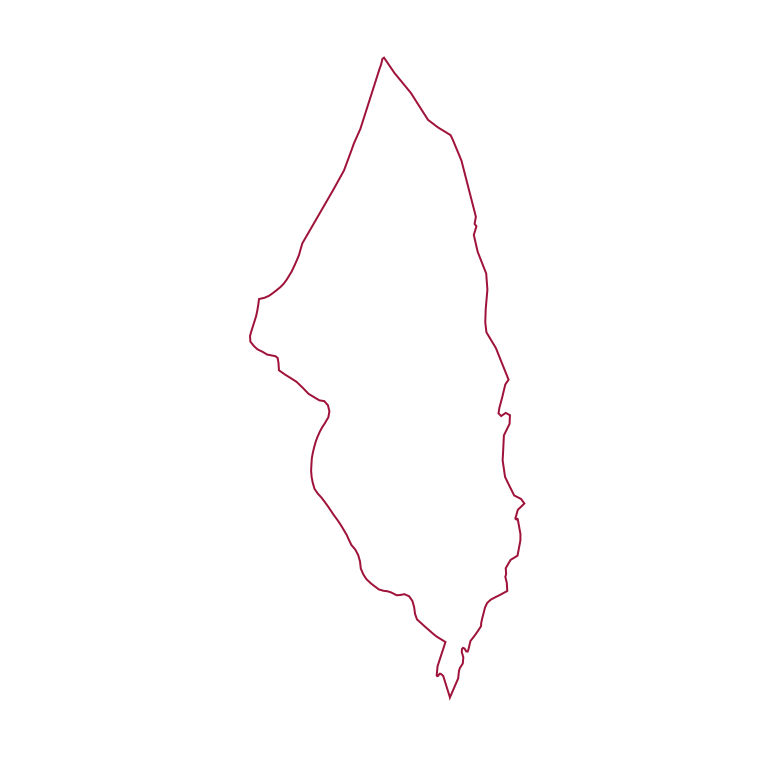 Washhah, Hajjah, Yemen (Equal Earth projection), rotated 349°
{"feature_id": "15242507B45949371630165", "entity_name": "Washhah", "entity_type": "district", "adm_level": 2, "iso_a3": "YEM", "parent_name": "Yemen", "parent_adm1": "Hajjah", "projection": "equal_earth", "projection_center": [43.377, 16.335], "detail": "fine", "context": "isolated", "style": "outline", "palette": "rose", "viewbox_px": 768, "rotation_deg": 349, "n_neighbors": 0, "source": "geoboundaries", "source_scale": "gbopen_adm2", "svg_char_len": 2740}
<svg xmlns="http://www.w3.org/2000/svg" viewBox="0 0 768 768"><g transform="rotate(349 384 384)"><path d="M277.5,276.8L275.8,281.9L273.7,287.6L271.6,292.6L269.1,297.3L266.5,302.0L264.0,306.6L261.7,311.2L260.9,316.9L261.5,318.0L263.4,321.7L266.4,325.8L270.9,329.2L274.9,332.8L282.8,336.0L284.6,338.3L284.4,343.5L283.5,350.5L288.5,355.7L298.5,365.1L303.3,371.9L308.1,379.3L317.4,387.7L322.1,389.4L324.9,394.2L325.2,400.4L323.0,406.1L319.5,410.0L319.1,410.6L315.3,414.4L312.1,418.3L309.2,422.4L308.8,422.9L305.8,427.9L303.4,432.7L301.1,437.7L299.0,443.1L297.2,449.9L295.9,455.2L295.2,461.6L295.2,467.4L295.8,473.7L298.0,478.8L300.9,483.5L303.3,488.4L305.6,493.3L307.7,498.3L309.8,503.3L312.3,508.5L314.5,513.7L316.8,520.0L318.6,525.1L319.9,530.6L321.3,535.9L324.2,541.0L326.0,546.9L326.6,553.6L326.0,560.7L327.4,567.0L329.0,571.0L329.6,572.4L333.0,577.1L336.5,581.1L339.8,584.7L344.3,587.0L347.8,588.1L351.0,589.8L354.4,592.4L356.1,593.8L359.5,594.2L363.1,594.2L363.9,594.2L368.1,597.1L370.5,602.4L371.0,608.9L370.6,615.7L371.5,621.4L374.5,625.4L377.7,629.7L381.0,633.9L384.1,638.0L387.4,641.9L391.4,645.6L395.1,649.0L382.7,671.3L380.1,680.1L380.5,680.9L381.5,680.8L382.7,679.5L383.7,679.0L384.8,679.8L386.4,681.8L386.9,686.2L388.9,704.0L388.9,704.3L400.6,687.2L402.8,680.1L404.2,677.4L408.0,673.4L409.7,667.5L409.2,661.9L410.0,659.0L411.2,658.1L412.6,659.1L413.7,662.2L415.0,662.6L416.3,660.6L419.8,652.8L425.4,647.9L429.1,644.3L432.9,640.4L433.7,637.8L433.8,637.2L435.7,632.8L438.0,628.0L440.5,622.7L443.5,618.6L447.6,616.1L452.3,614.6L456.5,613.5L465.5,610.7L466.6,602.6L466.3,596.4L467.6,594.0L468.3,588.5L468.3,588.1L474.7,580.8L482.3,578.0L488.1,563.4L488.2,562.8L489.3,557.3L489.5,542.4L489.3,541.8L488.8,541.7L488.1,542.2L487.4,541.6L487.5,540.4L488.3,539.1L491.1,533.5L491.4,533.0L499.0,528.1L496.6,523.0L490.5,518.2L486.6,504.0L485.1,498.2L485.9,481.5L487.5,475.2L491.9,457.3L499.7,447.0L500.5,443.4L501.7,438.7L498.0,435.6L492.9,437.8L490.8,434.6L492.8,429.2L497.6,419.4L500.0,414.1L503.0,407.6L505.5,405.1L507.1,403.6L506.1,398.2L503.7,385.9L500.7,370.1L494.4,352.8L495.2,342.5L495.3,342.2L497.8,331.3L498.1,330.0L503.5,311.1L505.4,295.0L501.2,272.3L501.0,266.9L500.6,254.8L502.3,251.6L504.8,246.8L503.5,244.1L506.1,237.4L502.7,180.4L502.7,179.8L498.1,157.2L496.8,152.4L485.9,142.4L477.6,133.1L465.9,103.4L453.6,80.7L446.3,63.7L444.5,64.5L443.3,67.2L442.1,69.9L440.2,73.0L409.4,129.2L405.5,134.7L404.9,135.6L400.5,141.9L395.6,150.1L385.5,166.7L371.1,183.9L330.7,230.3L327.9,235.7L325.2,241.1L322.3,245.5L318.6,250.8L315.7,254.7L315.2,255.5L311.9,259.2L308.5,262.9L307.4,263.9L304.7,266.4L300.8,269.1L296.3,271.5L292.0,273.7L287.9,275.5L283.0,276.6L278.6,276.7L277.5,276.8Z" fill="none" stroke="#9f1239" stroke-width="2"/></g></svg>